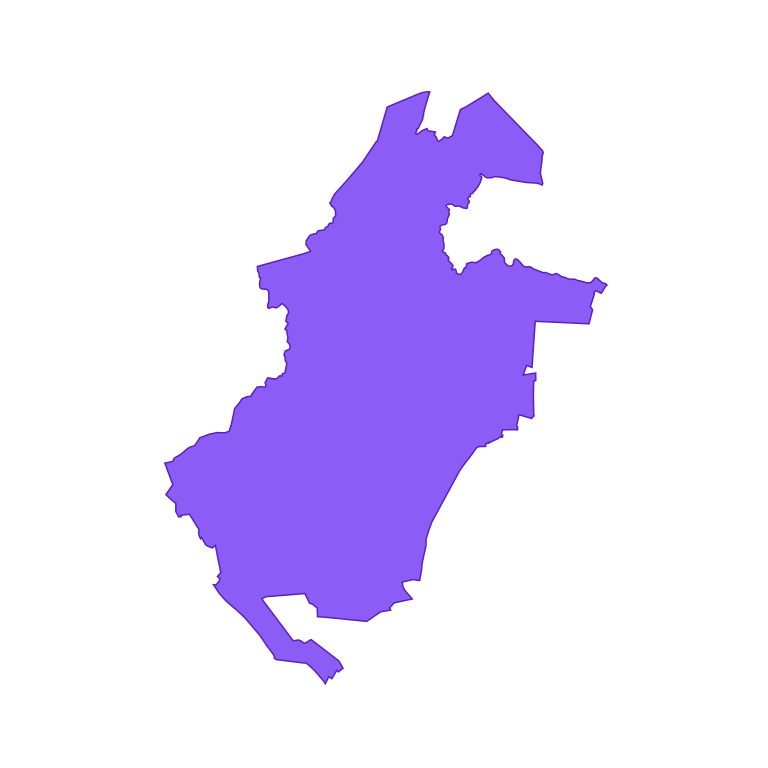 outline of Coroneo, Guanajuato, Mexico, rotated 191°
{"feature_id": "50627088B99692357017309", "entity_name": "Coroneo", "entity_type": "district", "adm_level": 2, "iso_a3": "MEX", "parent_name": "Mexico", "parent_adm1": "Guanajuato", "projection": "albers", "projection_center": [-100.395, 20.217], "detail": "fine", "context": "isolated", "style": "filled", "palette": "violet", "viewbox_px": 768, "rotation_deg": 191, "n_neighbors": 0, "source": "geoboundaries", "source_scale": "gbopen_adm2", "svg_char_len": 6155}
<svg xmlns="http://www.w3.org/2000/svg" viewBox="0 0 768 768"><g transform="rotate(191 384 384)"><path d="M402.0,677.3L405.7,675.2L433.7,656.5L436.9,621.0L437.7,620.7L447.6,597.4L459.9,575.6L468.6,561.2L470.0,557.1L470.8,553.1L471.3,551.8L471.7,551.4L469.2,548.5L468.2,548.4L467.5,547.7L465.8,546.5L464.3,543.7L463.6,539.5L465.3,537.2L465.1,534.5L464.7,533.3L465.1,532.4L468.1,531.3L469.0,529.7L469.0,528.1L471.2,526.5L471.9,524.1L472.6,523.7L477.8,521.9L478.8,520.1L479.2,518.6L481.2,518.1L484.8,516.0L485.7,514.5L487.7,509.8L487.2,506.0L482.2,501.2L481.5,500.1L488.8,496.0L530.8,475.2L529.5,470.5L528.2,469.4L527.5,467.8L526.9,465.2L525.4,464.7L525.4,459.7L525.1,457.5L524.4,455.7L523.6,454.6L522.3,454.0L517.6,454.5L516.1,454.2L514.6,452.1L512.7,442.5L513.3,439.9L512.8,437.1L511.5,436.2L508.3,438.4L504.9,438.1L503.6,438.5L499.3,443.6L495.9,441.6L492.6,438.9L491.2,435.8L492.5,432.1L492.3,429.7L492.4,427.0L489.6,425.3L491.7,419.0L489.2,417.5L488.9,415.4L487.3,412.0L487.0,407.0L484.4,405.0L483.2,402.7L483.4,400.2L487.2,397.5L487.7,395.6L487.5,393.0L486.2,391.6L485.5,388.3L483.3,385.5L483.4,376.0L485.8,374.5L485.7,372.2L487.5,372.3L488.5,371.7L489.8,369.2L491.4,368.3L493.8,368.0L499.3,367.9L501.0,362.6L499.6,360.0L500.1,358.3L504.3,357.8L508.0,356.8L511.4,349.8L512.3,346.6L516.1,345.4L520.6,342.3L522.0,338.7L525.9,331.5L526.1,315.5L527.0,308.0L531.0,305.7L538.5,304.5L546.0,301.3L554.6,296.0L556.5,291.0L558.3,287.2L562.3,285.1L564.7,282.9L569.9,276.3L575.7,271.3L576.5,267.8L584.0,264.5L572.1,244.9L577.0,233.8L570.6,229.8L565.5,226.9L564.1,219.2L560.1,214.3L557.8,215.1L558.3,216.4L550.1,219.0L537.8,205.8L537.7,202.8L536.2,199.3L534.6,197.1L533.8,198.5L528.3,192.1L525.7,191.1L521.3,190.3L518.7,193.4L513.0,179.2L508.2,167.9L510.8,163.2L507.8,161.4L508.5,158.6L510.5,154.8L513.1,154.5L505.9,147.2L497.9,141.0L493.8,138.6L485.2,133.8L476.3,128.2L470.6,123.7L458.6,114.1L454.5,110.2L448.8,104.4L441.7,98.1L439.6,95.7L439.6,94.2L438.1,93.3L437.0,92.9L409.4,94.8L407.2,95.3L400.6,91.5L397.0,89.1L386.3,80.6L384.4,78.6L382.4,86.1L378.9,84.8L375.7,93.9L373.9,92.7L370.0,97.1L375.4,103.5L406.5,119.1L407.3,118.9L410.5,115.8L412.5,114.4L414.1,114.7L416.8,116.1L419.4,116.4L421.9,115.3L423.8,114.8L425.0,115.4L460.1,147.1L462.9,150.0L458.9,152.8L421.7,163.2L415.1,154.5L412.2,154.3L406.9,151.3L406.4,149.8L404.9,142.9L395.5,144.0L355.6,147.7L344.0,159.6L334.3,163.4L335.7,165.4L332.3,171.1L315.2,178.4L324.3,185.5L326.0,187.6L326.8,189.0L328.3,193.1L318.0,197.6L312.9,197.7L311.5,197.9L311.6,207.8L312.3,214.9L312.3,220.1L311.9,233.0L313.1,240.1L311.9,250.2L310.8,257.3L292.9,314.2L287.6,325.5L286.9,326.5L284.0,332.4L281.4,338.4L279.7,340.2L277.9,340.9L272.3,342.1L272.8,345.0L270.0,345.8L270.2,346.7L268.1,347.3L266.0,349.1L261.8,352.0L260.9,353.4L259.6,354.1L257.7,354.4L257.6,356.4L259.0,356.2L259.2,357.5L258.9,361.6L246.7,364.2L244.3,364.4L244.4,367.0L245.4,367.8L245.9,369.1L245.6,376.2L245.7,379.6L232.4,378.3L231.2,381.1L230.6,381.3L231.2,382.8L235.0,400.3L237.5,414.8L236.9,415.6L235.7,416.6L237.2,423.7L249.1,419.4L247.5,429.4L241.9,428.5L247.5,474.4L194.3,482.2L193.4,496.6L196.2,499.4L194.7,512.4L195.4,512.9L194.0,516.2L188.2,514.5L187.3,516.2L185.2,522.2L184.0,523.4L184.3,523.9L185.4,524.7L189.0,525.1L190.1,525.5L193.9,527.9L195.6,528.7L197.1,528.4L197.6,527.9L198.8,525.2L200.2,523.4L201.1,522.8L202.9,522.2L205.0,522.0L207.8,522.5L208.7,522.3L210.5,522.6L213.8,522.6L216.9,523.3L220.1,522.6L223.1,522.3L226.0,523.0L230.5,523.4L234.1,524.9L235.8,525.3L236.8,525.0L238.3,523.8L240.4,523.2L246.8,524.3L248.5,523.7L249.2,523.7L258.8,525.4L260.1,525.8L262.0,526.7L263.2,527.0L267.1,526.0L268.5,526.0L269.7,526.4L273.8,529.7L276.5,531.5L277.3,531.8L278.7,531.9L279.5,531.3L279.9,530.4L280.2,528.5L280.0,527.4L280.0,526.8L280.7,525.0L281.5,524.1L283.9,523.6L284.6,523.7L287.9,525.5L288.7,526.1L289.8,530.2L290.2,530.8L292.6,532.9L294.5,533.8L294.9,534.3L295.0,534.8L294.7,535.7L295.3,536.5L297.8,538.0L298.3,538.0L300.4,537.3L302.8,535.8L303.3,535.2L303.5,534.5L303.5,532.6L304.2,531.4L304.9,530.9L307.0,530.0L308.1,529.0L309.6,528.1L313.2,523.8L315.9,521.3L317.1,520.6L318.2,520.4L320.1,520.5L321.4,520.2L323.7,519.1L325.8,517.9L325.8,517.5L325.4,516.9L325.4,516.2L325.9,515.5L325.7,514.2L326.2,513.6L327.1,513.3L327.4,512.7L328.0,509.7L328.5,508.1L329.4,506.5L330.7,506.0L333.8,506.5L334.2,506.8L334.7,508.6L335.2,509.6L335.5,510.1L336.2,510.4L337.2,510.0L338.2,509.1L339.4,509.1L339.8,509.7L338.7,511.7L338.9,513.3L340.5,515.0L342.0,515.7L343.5,517.0L344.5,517.6L344.6,518.5L344.2,519.4L344.4,520.1L345.2,520.6L345.3,521.2L345.9,521.7L348.3,523.1L348.9,524.5L350.8,524.7L352.0,525.3L352.1,525.9L351.4,527.0L351.1,528.5L351.2,529.4L351.6,532.2L353.4,536.1L353.6,538.8L355.2,541.2L355.9,541.8L357.9,542.7L358.5,543.4L358.5,544.4L358.0,546.6L358.1,547.0L359.1,548.5L359.0,549.3L358.0,550.8L356.8,551.5L355.1,551.9L353.6,553.0L353.3,553.4L353.0,555.2L353.3,557.9L352.3,562.5L352.4,563.9L353.5,565.3L353.5,565.7L353.0,566.9L353.0,567.6L356.8,570.2L356.9,571.3L355.9,572.4L355.4,572.7L354.7,572.7L354.1,573.1L352.6,573.3L351.8,573.6L351.3,573.6L348.3,571.9L345.5,572.8L343.4,573.0L340.4,572.0L336.6,572.0L335.9,572.5L336.1,575.6L335.9,577.5L335.1,578.3L335.0,579.2L335.0,579.6L336.9,581.2L337.0,582.4L336.3,584.0L335.1,584.3L335.0,584.7L335.6,586.9L334.2,587.6L333.2,588.3L332.7,590.1L331.5,591.3L331.3,592.0L330.4,593.6L330.3,594.2L329.7,594.9L328.2,599.6L327.9,600.9L327.8,602.6L327.5,603.6L327.4,605.4L327.8,605.9L329.6,606.9L329.4,608.8L328.8,608.8L326.0,607.6L322.4,606.0L318.2,606.9L314.4,608.8L309.8,609.3L303.7,609.3L297.6,608.5L282.4,609.0L272.7,610.3L269.6,610.1L266.7,609.5L266.4,611.2L270.6,620.4L271.2,626.2L271.5,633.1L272.2,637.9L271.8,641.1L272.9,643.4L274.5,644.3L277.0,646.4L329.8,683.1L337.2,689.4L356.3,671.8L361.4,668.0L364.2,640.9L367.9,637.8L368.6,637.6L372.1,638.2L372.6,637.2L374.7,634.3L376.8,632.6L377.9,633.1L379.6,636.1L380.7,637.1L382.1,637.6L381.6,641.2L389.2,641.0L390.5,643.0L394.6,640.3L399.0,635.5L400.9,636.1L400.1,639.2L400.6,640.4L399.3,641.2L396.6,651.1L396.7,654.4L396.5,655.2L396.8,658.8L396.2,666.6L394.8,679.5L397.2,679.2L402.0,677.3Z" fill="#8b5cf6" stroke="#5b21b6" stroke-width="1.5"/></g></svg>